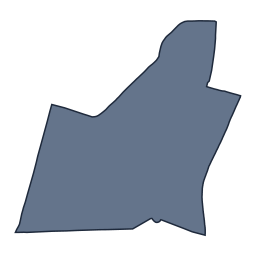 the district of Al Matariyya, Al Qahirah, Egypt
{"feature_id": "37247803B27962965783351", "entity_name": "Al Matariyya", "entity_type": "district", "adm_level": 2, "iso_a3": "EGY", "parent_name": "Egypt", "parent_adm1": "Al Qahirah", "projection": "robinson", "projection_center": [31.312, 30.128], "detail": "fine", "context": "isolated", "style": "filled", "palette": "slate", "viewbox_px": 256, "rotation_deg": 0, "n_neighbors": 0, "source": "geoboundaries", "source_scale": "gbopen_adm2", "svg_char_len": 4861}
<svg xmlns="http://www.w3.org/2000/svg" viewBox="0 0 256 256"><path d="M232.8,113.8L233.3,112.8L233.6,112.0L234.0,111.2L234.5,110.0L235.0,108.8L235.5,107.7L236.0,106.5L236.3,105.8L236.7,105.1L237.5,103.3L238.3,101.5L238.5,101.1L238.8,100.4L239.1,99.8L239.3,99.3L239.6,98.5L240.0,97.8L240.2,97.4L240.3,97.0L240.4,96.6L240.5,96.2L240.6,95.8L240.1,95.6L239.7,95.5L239.3,95.5L238.5,95.2L238.0,95.0L237.2,94.8L236.6,94.6L235.5,94.3L234.9,94.2L234.3,94.0L233.2,93.7L232.0,93.4L231.5,93.2L230.9,93.1L229.9,92.8L229.8,92.7L229.2,92.6L228.6,92.4L227.5,92.1L227.0,91.9L226.5,91.8L225.2,91.3L224.8,91.2L224.3,91.1L223.9,91.1L223.5,91.0L223.3,91.0L223.0,91.0L222.6,91.0L221.8,90.8L221.4,90.8L221.1,90.7L220.3,90.5L219.5,90.3L218.9,90.2L218.4,90.0L218.1,89.9L217.8,89.8L217.4,89.7L216.8,89.5L216.3,89.5L216.1,89.4L215.5,89.2L214.9,89.1L214.2,88.9L213.5,88.7L212.9,88.5L212.2,88.3L211.7,88.2L211.4,88.1L211.2,88.0L210.9,87.9L210.7,87.9L210.2,87.7L209.4,87.5L209.0,87.4L208.6,87.2L207.8,87.0L207.1,86.8L206.9,86.7L206.6,86.6L207.6,82.6L207.8,82.4L209.2,81.1L211.6,70.5L213.6,56.9L214.6,49.1L215.5,38.6L215.5,35.2L216.2,22.6L216.2,21.9L214.7,21.1L211.5,21.0L208.1,20.9L205.1,20.9L200.8,20.8L198.7,20.8L194.5,21.0L193.0,21.0L192.8,21.1L189.2,21.1L187.6,21.1L184.8,21.5L182.7,22.4L180.4,23.6L178.4,25.2L176.1,27.5L173.4,30.3L171.4,32.4L168.9,34.5L167.0,36.1L165.7,37.5L164.7,39.0L163.3,40.9L162.1,43.0L160.9,46.5L159.9,50.8L159.4,53.0L158.9,56.6L156.5,60.2L154.3,62.4L152.3,64.2L150.7,65.4L148.7,67.1L148.1,67.7L147.7,68.2L144.4,71.7L142.0,74.0L140.7,75.2L138.4,77.4L136.7,78.9L134.1,81.5L132.7,82.8L129.8,85.6L127.5,87.8L123.1,92.2L120.6,95.0L118.8,97.0L117.1,98.6L115.6,100.3L112.5,103.1L111.1,104.3L109.3,105.9L107.7,107.6L105.9,109.6L104.0,111.2L101.0,113.6L98.1,115.6L96.3,116.4L94.2,116.8L93.7,116.8L92.1,116.9L87.9,115.5L84.0,114.3L64.8,107.9L51.8,104.5L49.9,111.3L47.3,121.3L41.1,144.0L37.7,156.3L36.3,162.4L33.5,173.2L30.5,183.7L27.4,194.5L25.3,202.1L23.4,207.8L22.9,209.8L21.7,214.0L20.9,217.9L20.3,220.7L19.5,224.2L18.5,226.3L16.7,229.5L15.4,232.4L18.2,232.4L21.1,232.3L22.1,232.3L22.7,232.3L23.2,232.2L26.8,232.4L37.7,231.9L52.8,231.2L66.2,230.9L77.5,230.4L87.1,230.1L99.5,229.7L107.6,229.6L132.7,228.9L149.0,219.5L150.4,218.7L150.8,218.6L151.1,218.5L151.4,218.5L152.0,218.5L152.3,218.9L152.5,219.2L152.8,219.6L153.0,219.9L153.2,220.1L153.3,220.2L153.4,220.4L153.7,220.7L153.9,220.9L154.2,221.2L154.4,221.4L154.7,221.6L155.0,221.8L155.3,222.0L155.6,222.2L156.0,222.3L156.4,222.4L156.8,222.4L157.2,222.4L157.6,222.3L158.3,222.1L158.7,222.0L159.0,221.8L159.3,221.6L159.6,221.4L159.9,221.1L160.2,220.8L160.4,220.5L160.6,219.9L160.8,219.7L161.2,219.8L183.9,228.5L192.2,231.8L193.0,232.0L193.7,232.2L205.1,235.2L205.1,234.7L205.1,234.3L205.2,233.6L205.2,233.4L205.2,232.7L205.2,232.1L205.2,231.4L205.2,230.7L205.2,229.9L205.2,229.2L205.1,228.4L205.1,227.7L205.0,226.9L204.9,226.5L204.9,226.0L204.8,225.4L204.7,224.9L204.6,224.3L204.6,223.7L204.6,223.4L204.5,223.0L204.5,222.3L204.4,221.6L204.4,221.0L204.3,220.3L204.2,219.6L204.1,219.0L204.1,218.4L204.0,217.8L203.9,217.0L203.8,216.7L203.7,215.5L203.6,214.4L203.4,213.1L203.3,212.5L203.3,211.8L203.1,210.7L203.0,209.9L203.0,209.3L202.9,208.3L202.8,207.9L202.8,207.4L202.7,206.4L202.6,205.5L202.5,204.3L202.4,203.2L202.3,202.6L202.3,202.1L202.2,200.9L202.1,200.4L202.1,199.9L202.1,198.9L202.0,198.0L202.0,197.4L202.0,196.8L202.0,195.9L202.1,195.0L202.1,194.1L202.1,193.2L202.2,192.5L202.2,191.7L202.2,191.0L202.3,190.2L202.3,189.4L202.3,188.5L202.4,188.0L202.4,187.6L202.5,187.3L202.6,186.3L202.7,185.9L202.8,185.4L202.9,184.5L203.0,184.0L203.1,183.6L203.2,183.2L203.3,182.8L203.3,182.4L203.4,182.0L203.6,181.4L203.8,180.8L203.9,180.3L204.1,179.7L204.4,179.0L204.6,178.4L204.8,177.7L205.1,177.0L205.3,176.5L205.5,176.0L205.7,175.4L205.9,174.9L206.1,174.2L206.4,173.4L206.6,173.0L206.7,172.7L207.0,171.9L207.3,171.1L207.6,170.3L207.8,169.5L208.2,168.4L208.3,168.0L208.6,167.2L208.7,166.6L209.0,166.0L209.4,165.3L209.7,164.7L210.0,164.0L210.6,162.8L211.1,161.6L211.4,161.0L211.7,160.4L212.3,159.3L212.5,158.7L212.8,158.2L213.1,157.6L213.4,157.0L213.8,156.1L214.3,155.1L214.6,154.6L214.8,154.1L215.3,153.2L215.5,152.7L215.7,152.3L216.1,151.4L216.3,151.0L216.5,150.5L216.6,150.4L216.9,149.7L217.2,149.3L217.4,148.8L217.8,148.0L218.0,147.6L218.2,147.2L218.5,146.4L218.8,145.8L219.0,145.3L219.5,144.4L219.7,143.9L220.0,143.4L220.5,142.5L220.7,141.9L220.9,141.5L221.2,140.9L221.4,140.4L222.0,139.2L222.5,137.9L222.8,137.2L223.1,136.6L223.7,135.3L224.5,133.5L225.3,131.7L226.2,129.9L227.0,128.1L227.1,127.7L227.3,127.3L227.6,126.5L227.8,126.0L228.0,125.5L228.4,124.5L228.7,123.6L228.9,122.9L229.0,122.6L229.4,121.5L229.6,121.1L229.7,120.8L230.0,120.1L230.2,119.5L230.5,118.8L230.8,118.2L231.2,117.2L231.7,116.3L232.0,115.6L232.3,115.0L232.6,114.3L232.8,113.9L232.8,113.8Z" fill="#64748b" stroke="#1e293b" stroke-width="1.5"/></svg>